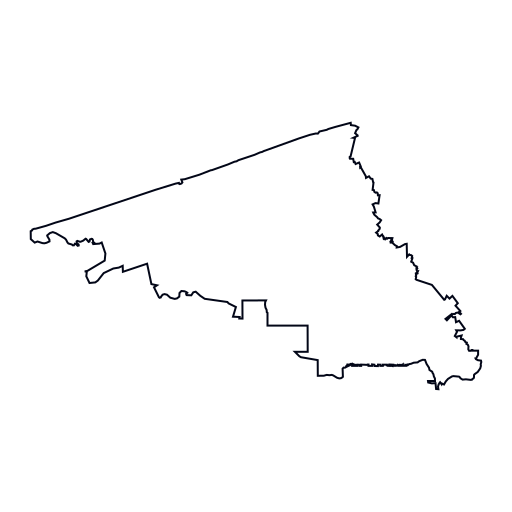 Cárdenas, Tabasco, Mexico (orthographic projection)
{"feature_id": "50627088B51271489460916", "entity_name": "Cárdenas", "entity_type": "district", "adm_level": 2, "iso_a3": "MEX", "parent_name": "Mexico", "parent_adm1": "Tabasco", "projection": "orthographic", "projection_center": [-93.625, 18.169], "detail": "fine", "context": "isolated", "style": "outline", "palette": "ink", "viewbox_px": 512, "rotation_deg": 0, "n_neighbors": 0, "source": "geoboundaries", "source_scale": "gbopen_adm2", "svg_char_len": 6055}
<svg xmlns="http://www.w3.org/2000/svg" viewBox="0 0 512 512"><path d="M481.0,360.6L477.9,360.2L475.9,359.1L475.6,358.5L476.0,358.5L478.1,354.8L478.1,350.7L472.2,350.7L472.3,350.0L471.6,350.0L470.5,350.8L469.1,350.8L468.3,349.3L468.5,346.3L467.8,344.7L466.4,343.9L466.8,342.6L465.4,342.1L464.7,340.7L463.7,340.2L463.1,339.2L460.9,339.0L460.9,337.6L461.6,335.5L456.5,336.7L456.5,337.3L454.8,336.0L457.0,331.8L456.2,330.3L460.6,330.4L463.5,329.9L464.8,328.8L459.1,320.8L456.0,322.2L455.2,317.1L453.0,317.3L451.4,315.5L446.9,320.3L445.5,318.9L451.9,313.9L452.4,314.4L453.8,313.9L454.8,314.1L455.8,313.0L457.3,312.6L458.3,312.8L460.4,314.3L461.0,313.8L459.2,311.8L460.3,311.0L455.5,305.7L457.8,303.2L452.4,295.9L449.5,298.6L446.7,295.8L445.0,299.4L444.2,299.8L431.9,284.9L416.5,279.8L415.7,279.2L416.2,276.9L415.7,276.2L416.2,275.1L415.9,274.1L417.1,273.6L416.3,273.0L417.6,272.1L417.9,271.3L417.2,271.5L416.5,269.7L417.2,268.7L416.6,268.3L416.9,267.6L416.5,267.6L416.7,266.5L414.2,265.2L413.1,262.7L411.2,261.7L412.3,258.7L412.4,258.1L411.7,258.0L412.2,256.0L411.3,255.2L409.9,255.0L409.2,254.4L407.0,256.8L406.7,243.8L405.0,244.1L400.1,246.9L396.7,247.5L396.9,246.2L394.9,245.1L392.2,242.6L391.0,242.6L391.1,242.3L390.4,241.8L390.6,241.3L390.0,240.7L391.4,241.5L391.6,240.9L392.3,241.0L391.5,239.6L392.0,239.7L392.4,238.1L388.1,238.0L387.4,238.6L386.4,238.0L385.9,238.8L385.4,238.6L385.0,239.3L384.0,238.5L383.7,238.7L383.5,237.9L383.9,237.4L383.7,237.0L383.5,237.3L382.1,234.5L379.7,236.5L377.9,235.4L377.8,234.1L376.1,232.6L378.2,231.1L378.1,230.7L379.7,228.8L379.8,227.5L377.2,224.6L379.7,222.4L381.1,220.2L379.8,219.1L377.9,218.3L377.3,217.3L374.4,214.8L373.6,213.4L373.2,212.5L375.6,212.4L373.9,206.7L372.6,204.4L375.5,203.1L378.4,203.5L379.6,195.2L377.9,195.3L377.7,193.2L376.8,192.4L375.6,192.7L374.4,191.9L373.9,190.1L372.6,189.9L373.5,182.6L373.2,182.5L372.4,178.9L370.7,178.6L369.0,176.3L366.0,177.9L365.8,176.2L360.8,167.3L360.2,167.7L360.1,166.6L360.7,166.3L359.1,162.5L355.6,164.0L354.7,161.9L353.8,162.1L353.2,158.8L349.9,158.7L349.7,158.2L349.7,156.9L350.6,156.3L355.0,138.0L353.4,137.8L358.4,135.5L357.7,135.5L355.1,133.2L356.4,130.1L357.4,129.3L358.4,127.4L355.1,125.7L350.9,125.1L350.7,122.8L335.4,126.9L328.3,129.0L326.8,129.8L319.5,131.5L317.9,133.6L315.8,133.5L310.0,134.8L299.0,138.4L263.7,151.1L262.2,151.9L260.1,152.4L254.6,154.8L238.4,160.2L236.6,161.3L234.5,161.7L227.8,164.5L212.0,170.1L210.7,170.3L199.4,174.7L184.8,179.2L181.3,179.6L182.4,182.4L181.5,183.5L179.8,184.1L179.0,183.7L178.9,182.9L175.6,183.6L155.5,189.8L69.1,218.7L55.5,222.6L46.1,225.8L35.7,228.7L34.1,228.8L32.3,229.6L32.0,230.5L30.7,231.2L30.8,239.1L34.7,242.6L37.5,241.5L42.4,243.1L44.4,243.3L46.5,242.8L49.5,241.4L49.4,239.6L47.4,236.3L47.2,235.4L49.9,233.1L52.8,232.1L55.9,233.2L64.7,238.3L66.0,239.6L67.5,242.5L68.4,243.5L71.9,244.5L72.7,245.3L73.9,245.3L74.9,243.7L76.0,244.1L77.7,245.8L78.7,245.5L78.6,244.5L76.8,243.1L76.6,241.4L77.3,240.9L80.1,241.8L80.7,241.7L83.1,240.7L85.6,238.7L86.1,238.9L88.6,241.9L89.5,241.5L89.9,239.5L91.5,238.8L92.3,239.0L92.9,240.0L93.1,241.8L94.4,242.9L94.1,243.4L92.8,243.2L93.2,244.1L99.5,243.6L101.7,242.5L105.4,253.5L104.7,260.6L87.4,270.9L84.7,271.4L86.8,271.7L86.3,276.3L89.5,283.0L95.3,282.4L97.8,280.6L103.7,273.1L113.3,268.5L118.8,267.6L122.7,265.8L122.9,271.8L147.1,263.7L151.4,284.1L157.0,285.3L154.0,287.3L158.9,297.2L159.6,297.8L160.8,297.4L160.9,296.9L162.6,294.7L164.5,294.1L167.0,294.7L170.3,297.7L174.7,298.9L177.0,298.4L179.3,296.6L179.5,293.0L181.4,291.0L184.6,291.3L186.6,292.2L187.3,292.8L186.1,293.8L186.3,294.5L186.6,295.1L188.0,295.2L191.3,295.3L193.3,292.3L195.7,291.7L200.3,295.8L204.7,298.8L227.4,302.0L228.6,303.4L235.9,307.0L233.0,316.7L239.6,317.0L239.3,318.5L242.5,318.6L242.4,300.5L266.0,300.4L265.2,302.0L265.0,304.7L265.5,307.7L266.6,309.9L266.8,312.2L267.5,312.8L267.5,325.6L307.6,325.6L307.7,351.8L294.9,351.8L299.3,356.2L300.9,357.2L317.7,360.1L317.8,375.8L323.9,375.7L326.7,374.9L329.5,375.2L331.8,374.9L333.2,375.4L337.1,377.8L339.3,378.4L340.9,378.2L342.6,377.2L342.9,376.7L342.6,368.7L343.6,367.6L344.9,367.7L345.7,367.3L346.2,366.1L347.1,365.3L347.6,363.7L347.8,365.9L348.3,365.9L348.4,364.6L348.9,364.6L348.4,365.9L349.4,365.4L349.4,364.8L350.5,363.9L351.0,364.0L351.0,364.5L351.6,364.1L351.6,364.4L352.1,364.4L352.1,365.9L352.4,365.9L352.5,363.9L352.9,364.0L352.9,364.5L353.4,364.5L353.4,365.9L353.9,365.9L353.8,364.6L354.3,364.6L354.3,365.9L355.0,365.9L355.0,365.4L355.4,365.3L356.0,365.4L356.0,365.9L356.0,364.9L356.9,364.8L356.9,365.9L357.4,365.9L357.5,364.7L359.6,364.8L359.6,365.9L360.3,365.9L360.4,364.4L360.7,365.9L361.2,365.9L361.2,364.6L367.9,364.9L367.9,364.5L368.5,364.5L368.5,365.9L372.1,365.9L372.1,364.4L374.4,364.7L374.5,366.0L377.9,366.1L378.0,364.6L380.5,364.7L380.4,365.9L382.9,365.9L383.1,365.8L383.0,364.7L383.8,364.7L386.8,364.7L386.8,365.2L387.9,365.2L387.8,365.8L389.5,365.9L389.4,364.5L391.4,364.6L391.4,365.9L391.8,365.9L391.7,364.7L392.1,364.7L392.1,365.9L392.4,366.0L392.4,364.7L392.9,364.7L392.9,365.9L393.8,365.8L393.6,365.1L394.0,365.0L394.2,365.8L395.9,365.8L396.0,365.2L397.3,365.5L397.6,365.1L398.0,365.8L399.2,365.8L398.8,365.0L399.0,364.9L399.7,365.8L399.1,365.0L399.9,364.9L400.7,365.8L401.3,365.8L400.4,364.2L401.2,365.2L402.5,365.8L401.8,365.3L402.9,364.4L403.0,365.8L405.0,365.8L405.2,364.8L405.5,364.9L405.4,365.8L406.5,365.8L407.4,365.3L407.1,363.6L407.5,365.0L407.9,365.1L409.2,364.1L411.0,363.8L413.7,362.7L417.6,362.4L419.2,361.2L422.7,359.8L425.0,359.9L426.6,364.0L429.0,367.7L429.5,370.0L432.2,371.7L432.5,372.8L433.4,374.2L433.9,376.5L434.9,378.4L435.0,381.0L428.0,381.0L428.2,382.5L431.9,383.4L435.5,383.1L436.1,389.0L438.4,389.2L438.0,386.7L438.6,384.5L439.8,382.5L440.1,382.2L441.6,384.3L441.9,383.5L444.0,384.5L445.8,381.4L448.0,378.9L452.0,376.4L453.4,376.1L458.7,376.6L459.4,376.8L460.5,378.3L462.6,379.6L465.9,379.3L470.9,379.9L472.1,379.6L472.3,379.1L473.6,378.3L474.0,377.2L474.0,375.0L474.6,374.2L477.7,372.0L480.2,368.4L480.9,365.9L480.7,364.2L481.3,362.0L481.0,360.6Z" fill="none" stroke="#020617" stroke-width="2"/></svg>